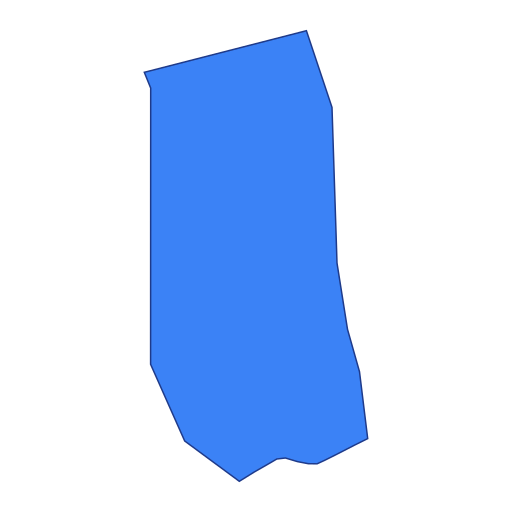 San Pablo La Laguna, Sololá, Guatemala (Robinson projection)
{"feature_id": "79465075B65058222740389", "entity_name": "San Pablo La Laguna", "entity_type": "district", "adm_level": 2, "iso_a3": "GTM", "parent_name": "Guatemala", "parent_adm1": "Sololá", "projection": "robinson", "projection_center": [-91.277, 14.73], "detail": "fine", "context": "isolated", "style": "filled", "palette": "blue", "viewbox_px": 512, "rotation_deg": 0, "n_neighbors": 0, "source": "geoboundaries", "source_scale": "gbopen_adm2", "svg_char_len": 393}
<svg xmlns="http://www.w3.org/2000/svg" viewBox="0 0 512 512"><path d="M367.7,438.6L359.5,371.7L347.5,329.3L337.0,263.0L332.0,107.4L306.4,30.7L144.3,72.3L150.7,88.1L150.6,364.3L184.7,441.0L239.3,481.3L254.1,472.1L270.5,462.7L276.8,459.0L285.4,458.0L297.4,461.6L308.3,463.7L317.1,463.8L324.5,460.4L335.7,454.8L354.2,445.3L367.7,438.6Z" fill="#3b82f6" stroke="#1e3a8a" stroke-width="1.5"/></svg>